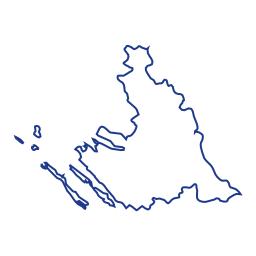 the border of Zadarska
{"feature_id": "HRV-1493", "entity_name": "Zadarska", "entity_type": "County", "adm_level": 1, "iso_a3": "HRV", "parent_name": "Croatia", "parent_adm1": "", "projection": "equal_earth", "projection_center": [15.553, 44.407], "detail": "fine", "context": "isolated", "style": "outline", "palette": "blue", "viewbox_px": 256, "rotation_deg": 0, "n_neighbors": 0, "source": "natural_earth", "source_scale": "10m", "svg_char_len": 5842}
<svg xmlns="http://www.w3.org/2000/svg" viewBox="0 0 256 256"><path d="M147.9,48.2L147.5,49.3L147.9,53.1L149.5,56.1L151.4,58.8L152.5,61.7L151.9,64.3L149.9,65.2L147.5,65.9L145.8,68.0L146.0,70.5L147.3,73.1L150.2,77.6L150.8,78.4L153.6,80.1L154.5,81.5L155.2,83.0L156.2,84.0L157.9,83.8L159.1,83.4L161.1,83.3L162.1,83.0L163.0,82.0L163.6,80.7L164.4,79.8L165.9,79.9L166.7,80.7L167.8,85.0L168.7,85.9L169.7,85.6L170.7,85.1L171.5,85.2L172.8,86.8L173.7,90.6L175.2,92.7L176.4,93.4L177.9,93.9L180.7,94.2L182.1,94.9L183.0,96.3L183.6,98.2L184.0,100.2L182.9,100.8L182.4,102.8L180.5,105.1L179.6,107.5L182.0,109.9L184.4,110.2L188.6,108.4L191.1,108.8L192.4,110.5L193.2,113.1L193.8,116.1L196.7,123.5L197.5,126.4L197.5,128.7L196.8,129.8L195.1,131.0L195.0,132.2L195.4,131.7L196.7,131.8L198.9,132.3L201.3,133.8L202.5,134.9L202.9,136.4L202.6,138.9L202.2,140.2L201.0,142.7L200.7,144.3L200.8,146.6L201.9,151.3L204.1,157.9L206.0,160.5L211.1,165.6L212.8,168.3L215.4,174.3L217.2,176.9L219.4,179.0L220.7,180.0L221.9,180.6L223.1,180.7L226.2,180.5L227.3,181.0L228.9,183.3L229.4,185.5L230.4,187.3L235.5,189.0L237.5,190.5L239.4,192.5L240.6,194.3L236.8,193.9L234.0,194.9L230.1,197.3L227.9,199.2L227.5,200.7L227.0,201.2L225.8,201.6L223.8,201.6L220.1,200.6L219.3,199.1L217.7,198.4L217.0,198.4L216.3,198.4L215.7,198.7L214.5,199.5L206.1,201.8L203.6,201.9L201.5,201.5L198.9,200.5L197.7,199.2L197.1,197.9L197.0,196.7L197.0,193.6L197.2,191.5L197.0,189.4L196.4,187.5L196.5,186.1L196.4,185.4L195.5,184.2L194.3,184.3L191.3,187.0L189.8,187.7L188.9,187.8L186.6,187.3L183.7,187.3L182.9,187.5L182.5,187.9L182.0,188.7L181.8,189.4L182.0,190.3L182.6,191.7L182.5,192.2L182.1,192.7L180.0,193.2L179.4,193.9L179.0,194.9L179.3,197.1L178.7,197.5L174.4,198.3L173.6,198.6L171.7,199.9L169.4,202.4L168.6,203.0L168.2,203.2L167.8,203.2L167.1,202.8L164.4,200.1L160.2,198.7L158.8,198.6L156.4,199.0L155.8,198.8L154.1,198.0L153.6,198.0L153.2,198.1L152.6,198.9L152.5,199.3L152.8,199.8L154.3,201.4L154.3,201.8L154.1,202.3L153.1,203.7L152.4,204.3L150.8,205.2L150.4,205.7L150.0,207.8L149.5,208.5L148.7,209.3L148.0,209.4L147.3,209.3L145.0,208.2L142.4,206.2L141.9,206.2L137.5,209.7L136.9,210.1L136.3,210.1L132.1,206.7L129.5,205.1L126.2,208.2L123.6,204.5L122.1,202.9L120.4,202.3L118.6,202.0L117.6,201.7L116.7,201.3L115.5,200.4L113.5,197.1L107.2,189.8L104.1,185.5L102.0,183.5L99.6,182.6L94.8,176.9L94.9,176.4L89.6,171.1L88.3,170.4L87.2,169.5L86.8,168.5L87.2,166.9L85.4,165.7L79.3,159.8L81.1,157.1L80.2,153.7L77.8,150.8L75.3,149.3L76.7,147.8L78.9,146.6L80.8,146.9L81.7,149.8L83.0,151.5L85.5,150.4L86.7,148.1L84.1,146.2L85.0,145.9L85.1,145.6L85.7,146.2L86.5,146.2L85.9,144.3L85.6,143.7L91.3,147.3L93.7,150.2L95.0,151.3L96.9,151.4L95.3,146.2L96.3,145.9L96.8,145.4L97.7,144.1L96.2,143.6L94.9,142.5L93.8,140.9L92.9,139.0L95.2,139.8L98.4,142.5L101.7,143.7L110.1,148.1L111.9,148.8L121.1,150.1L123.7,149.9L124.1,148.2L122.4,147.2L114.8,146.2L114.2,145.7L110.7,141.4L109.8,140.8L98.4,135.7L96.7,134.1L99.3,128.8L99.8,128.1L100.7,127.1L101.7,126.7L102.6,126.8L103.4,127.0L104.9,127.9L107.4,130.0L109.2,131.8L110.4,132.5L120.9,133.8L122.2,134.9L126.1,139.3L127.0,136.8L128.4,136.1L129.6,136.0L131.1,135.4L132.4,134.2L134.2,132.0L135.2,130.3L135.9,128.6L136.4,127.1L136.5,126.1L136.3,125.5L135.0,124.6L134.7,124.2L134.5,123.1L134.2,122.7L132.1,121.6L131.6,121.0L131.3,120.2L131.7,119.5L132.6,118.6L138.6,114.5L136.7,109.6L135.0,107.5L128.0,101.4L127.5,100.4L127.5,99.7L128.1,98.7L128.2,98.3L127.2,94.0L126.7,93.2L124.9,91.4L124.6,90.3L124.4,87.5L124.0,85.2L123.3,83.8L122.7,82.8L119.9,81.0L119.1,80.3L118.0,79.1L117.6,77.8L117.6,76.5L117.9,75.9L118.7,75.7L122.9,75.7L123.8,75.6L124.6,75.2L125.9,74.3L127.2,73.7L128.4,72.8L131.7,70.9L132.3,70.1L132.6,69.0L132.4,68.3L132.0,67.9L130.1,67.5L129.4,67.2L128.1,66.2L126.2,65.4L124.4,64.1L123.7,63.4L123.6,63.0L123.9,62.6L126.2,61.0L127.6,59.6L128.5,56.6L128.1,54.6L125.1,50.6L124.7,49.9L124.5,49.3L124.6,48.8L124.7,48.5L125.7,47.6L126.8,46.0L127.5,45.9L128.6,46.1L131.0,47.0L133.5,48.9L134.5,49.1L136.7,48.1L138.8,46.2L139.3,46.2L139.9,46.3L142.6,48.0L144.4,48.4L145.2,48.9L146.9,49.0L147.9,48.2ZM79.2,197.1L87.6,202.7L88.0,204.4L85.1,205.3L79.3,201.0L77.9,201.4L78.4,201.9L79.2,203.4L82.1,205.4L82.8,206.0L83.7,206.6L84.6,206.5L85.3,206.7L85.5,208.0L85.0,208.8L83.9,208.1L82.8,207.0L82.4,206.5L78.2,204.2L76.5,202.7L74.8,200.8L70.1,194.1L67.3,190.9L62.7,181.5L60.4,179.4L57.1,178.0L47.3,168.1L47.0,166.4L46.4,165.0L44.9,162.8L45.6,162.7L46.5,162.8L48.8,165.3L55.3,170.1L57.1,173.8L58.0,174.3L59.6,174.8L60.7,175.6L61.7,176.1L63.2,175.3L62.4,177.4L64.1,177.6L65.0,178.5L65.5,180.0L65.6,182.0L66.1,183.9L67.2,185.4L72.6,191.0L73.9,191.7L75.6,191.9L76.0,192.6L79.2,197.1ZM97.7,194.5L97.0,192.8L93.9,189.4L92.8,187.8L95.1,187.8L96.9,188.6L103.2,193.0L107.2,194.0L107.5,194.8L107.8,197.4L108.0,198.2L108.7,199.0L110.3,199.6L111.2,200.2L112.1,201.3L113.2,202.9L114.0,204.8L114.4,206.5L112.7,205.7L109.8,205.2L109.4,204.6L109.2,203.9L108.8,203.4L105.8,202.5L104.2,201.7L103.2,200.2L103.7,199.8L104.0,199.2L102.4,198.6L100.3,197.3L98.5,195.7L97.7,194.5ZM92.0,186.7L90.6,185.2L89.5,183.1L88.4,181.8L87.2,182.6L86.5,182.6L86.3,181.9L85.6,180.5L84.4,182.2L82.2,180.5L79.7,177.8L76.6,175.4L72.6,170.7L70.4,169.1L70.7,168.4L71.2,168.1L69.7,164.9L88.7,179.4L91.2,182.3L92.0,186.7ZM39.0,132.2L39.9,133.7L40.5,136.4L39.3,137.4L37.5,136.9L36.2,136.0L34.1,134.3L34.3,133.0L35.5,131.2L35.0,126.5L36.0,126.1L37.3,126.0L38.7,126.6L39.6,128.0L39.8,129.5L38.9,131.7L39.0,132.2ZM34.5,145.2L36.1,146.2L38.2,148.1L38.0,149.0L36.3,149.0L35.2,149.2L34.5,150.0L33.2,149.8L32.0,148.2L32.1,147.0L33.3,146.9L33.7,146.4L33.7,145.3L34.5,145.2ZM17.5,137.8L21.0,140.1L23.1,142.6L22.6,143.2L20.7,142.2L15.8,138.0L15.4,136.8L17.5,137.8ZM44.1,166.9L45.0,166.3L45.8,166.4L46.5,167.0L47.2,168.1L45.6,168.7L43.2,167.9L41.4,166.2L41.7,163.8L42.3,165.5L43.2,166.5L44.1,166.9Z" fill="none" stroke="#1e3a8a" stroke-width="2"/></svg>